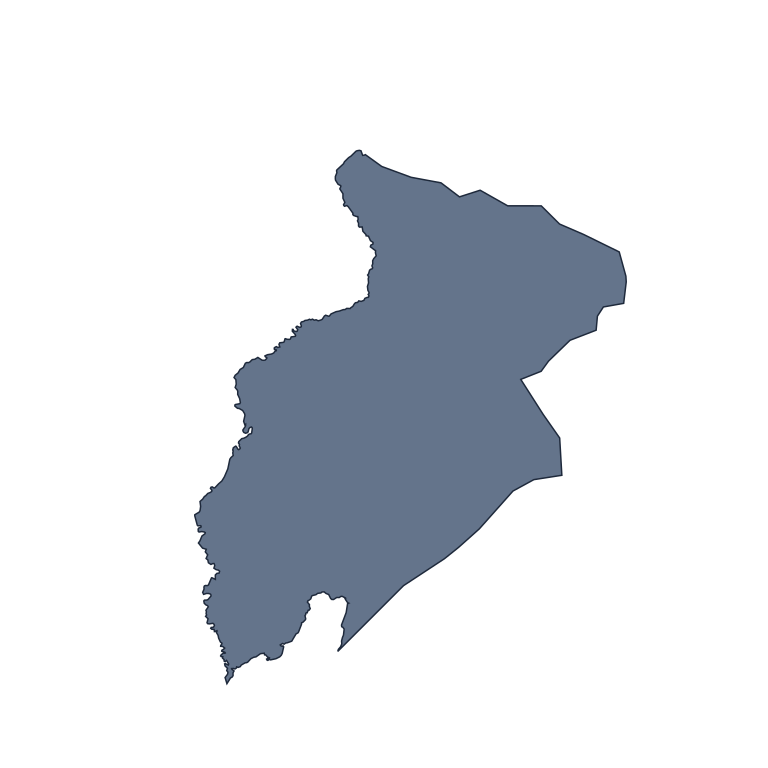 Myangad, Hovd, Mongolia (Mercator projection), rotated 65°
{"feature_id": "93677404B16337473232636", "entity_name": "Myangad", "entity_type": "district", "adm_level": 2, "iso_a3": "MNG", "parent_name": "Mongolia", "parent_adm1": "Hovd", "projection": "mercator", "projection_center": [91.966, 48.561], "detail": "fine", "context": "isolated", "style": "filled", "palette": "slate", "viewbox_px": 768, "rotation_deg": 65, "n_neighbors": 0, "source": "geoboundaries", "source_scale": "gbopen_adm2", "svg_char_len": 6170}
<svg xmlns="http://www.w3.org/2000/svg" viewBox="0 0 768 768"><g transform="rotate(65 384 384)"><path d="M606.8,538.9L575.0,451.5L567.9,403.1L563.6,385.5L555.6,358.9L535.5,312.3L534.0,288.6L541.9,261.4L507.2,247.6L478.8,252.6L437.6,258.1L438.9,236.2L432.8,225.2L423.0,196.9L424.9,169.0L412.7,161.9L406.9,152.6L412.2,132.7L393.8,121.3L388.5,119.2L363.7,115.0L332.8,139.9L313.2,157.3L289.0,166.2L274.8,196.6L249.0,215.0L246.3,236.5L225.8,247.3L208.1,272.1L185.9,294.1L168.2,304.0L168.3,305.1L167.8,306.7L162.9,306.3L161.8,307.6L161.2,309.9L161.2,311.1L163.5,317.6L163.9,320.4L165.8,325.8L167.3,327.7L170.0,336.1L170.7,336.9L172.6,337.4L175.4,340.4L177.5,341.4L178.8,341.8L183.6,341.2L185.9,339.4L186.7,339.6L188.5,341.6L194.2,340.8L198.3,342.7L202.8,342.7L204.4,344.9L205.2,345.0L206.2,344.7L206.6,342.2L208.1,341.5L216.1,340.0L217.2,340.6L218.3,340.4L220.6,338.1L221.2,337.0L223.8,337.8L224.9,339.1L227.5,339.1L230.0,340.3L231.4,340.0L232.5,337.4L236.6,338.6L241.0,337.2L242.1,337.6L243.5,335.6L248.4,335.7L251.0,334.1L252.5,334.9L252.6,337.3L253.9,338.4L259.7,335.3L261.4,336.3L264.5,336.9L266.0,340.3L267.5,342.2L270.3,343.4L271.8,345.0L274.0,345.2L274.6,346.2L274.4,347.7L274.8,349.0L277.6,351.4L278.3,352.8L280.4,352.5L281.9,353.8L285.9,355.3L288.6,357.8L292.3,359.0L294.8,358.9L295.6,359.4L296.1,360.5L297.3,360.3L298.4,360.9L298.8,361.7L298.4,362.6L298.3,365.1L299.7,366.9L299.5,369.8L298.0,371.7L298.9,373.4L298.3,375.4L298.6,376.6L300.5,379.5L300.8,381.7L301.3,382.7L299.7,385.9L300.1,387.7L299.4,389.5L299.0,393.8L298.2,396.8L298.1,402.4L299.3,404.7L299.2,405.5L297.0,407.8L297.2,409.3L299.3,412.7L299.3,414.5L298.9,416.9L297.1,418.4L296.7,420.2L295.0,421.4L294.9,423.2L293.8,424.2L293.8,426.4L293.0,428.7L293.3,430.2L292.9,432.6L293.9,434.1L296.3,434.3L297.1,434.8L297.2,435.8L296.8,436.7L295.0,438.2L294.9,439.0L295.4,439.8L298.3,439.2L299.5,440.5L299.3,441.4L298.4,442.6L297.6,443.3L296.1,443.3L295.8,443.9L297.4,444.8L301.7,443.5L302.9,443.7L303.3,444.3L302.1,448.2L303.6,449.8L303.7,450.7L302.3,453.3L301.4,453.9L301.2,454.6L303.6,456.7L303.7,457.7L302.6,461.0L303.6,462.4L306.4,462.8L306.0,464.9L304.7,465.6L304.6,466.9L305.0,468.3L306.4,468.7L307.6,467.2L308.3,467.5L308.2,468.9L309.3,470.9L309.3,473.3L308.2,477.2L308.2,480.0L308.9,480.1L310.8,479.1L311.3,479.5L312.1,481.6L311.8,482.8L310.9,484.4L306.6,487.1L307.0,490.6L306.2,493.1L307.4,496.5L307.4,497.6L306.5,499.4L306.6,500.9L309.6,504.5L310.0,508.3L312.3,511.6L313.2,515.2L314.8,517.2L317.4,516.4L321.7,518.0L324.3,520.4L327.6,519.5L329.0,519.7L331.6,521.0L336.2,521.0L340.1,522.0L340.9,523.0L339.8,527.3L340.0,528.0L341.0,528.5L344.1,527.1L345.0,525.6L348.3,523.3L352.0,522.9L353.7,523.3L358.5,527.0L362.4,527.4L362.1,526.5L363.2,527.0L363.9,527.7L366.1,531.4L367.3,531.7L368.7,531.5L370.1,530.3L370.4,528.7L370.0,527.4L367.3,525.2L366.8,523.8L366.9,522.4L367.6,522.0L368.7,522.2L372.4,524.6L372.9,525.3L372.5,527.3L372.6,528.2L373.4,529.5L373.8,531.1L373.9,533.9L373.4,536.0L374.8,539.9L375.9,540.8L377.6,540.5L378.9,541.4L381.3,541.3L381.8,541.9L382.1,543.4L381.6,543.9L378.0,544.3L377.6,544.8L378.1,547.5L379.9,549.0L381.0,549.0L382.6,550.2L385.1,550.9L386.0,553.8L387.0,555.5L394.9,561.4L400.7,567.9L403.4,572.0L404.5,575.9L406.6,581.2L406.3,582.1L404.7,583.1L404.4,584.3L405.2,585.4L407.6,584.9L408.5,585.5L408.9,587.1L408.7,589.9L410.0,593.1L410.0,594.2L411.7,597.0L412.7,600.4L417.4,601.9L421.0,604.2L422.0,605.6L422.5,610.7L423.4,611.2L433.0,612.9L433.9,612.6L434.8,610.2L435.5,609.8L436.4,610.4L436.3,612.9L437.0,613.8L439.1,614.6L440.0,614.2L440.7,611.5L442.2,609.4L443.1,608.8L444.1,609.6L444.8,613.2L448.3,617.0L449.7,619.4L456.1,617.8L458.7,614.9L460.6,616.9L464.3,616.0L467.0,619.0L469.0,618.0L471.8,618.7L474.4,617.1L474.4,614.9L474.9,613.9L477.0,614.1L479.0,616.0L481.2,614.7L482.8,612.7L484.2,612.1L485.7,613.4L485.0,615.4L485.8,617.6L489.8,619.4L486.8,621.9L486.8,622.3L492.0,628.1L492.0,629.5L491.2,630.8L491.1,632.1L491.9,633.0L493.9,633.8L496.2,636.4L498.4,636.4L498.8,633.4L499.9,631.2L501.2,630.0L502.2,630.0L503.1,630.5L505.0,634.7L504.9,636.0L504.0,638.1L504.5,639.0L506.8,639.6L509.1,638.7L510.2,637.6L511.7,637.4L513.8,641.0L515.3,641.2L517.0,642.3L518.4,642.4L519.2,643.9L522.4,642.7L525.6,645.3L526.7,645.1L527.6,643.7L528.6,640.2L529.9,639.6L531.1,639.7L532.2,641.0L532.3,641.6L531.6,643.5L532.2,644.3L533.5,643.7L534.6,641.7L536.7,642.3L537.0,639.7L537.7,640.0L538.2,640.9L541.7,640.6L544.5,641.3L548.7,641.3L550.4,640.4L551.1,640.9L552.0,642.5L552.7,642.9L553.6,641.2L556.0,640.0L556.7,641.8L556.7,643.3L557.2,643.8L557.6,644.0L559.9,641.6L560.7,641.5L560.8,641.9L560.0,643.5L560.6,646.0L561.4,647.0L562.3,646.7L563.0,645.4L564.2,646.2L566.1,645.4L567.6,646.0L568.5,645.4L568.0,643.5L572.1,643.1L572.9,643.9L570.4,645.9L570.3,646.7L572.3,647.2L575.5,646.0L577.3,647.7L579.2,647.2L580.9,648.4L582.9,652.1L589.2,653.0L585.5,647.3L585.5,645.7L584.6,644.1L582.0,642.9L580.7,641.2L578.2,642.5L577.5,642.4L578.2,640.6L579.3,639.5L579.0,637.7L578.1,637.1L579.2,635.9L579.4,633.7L578.4,632.2L578.0,627.8L578.5,626.2L578.5,625.1L576.7,620.7L576.6,617.6L577.2,615.3L576.2,609.9L577.4,606.3L579.0,606.7L579.5,605.7L582.3,604.9L583.8,603.5L584.1,603.7L583.5,605.4L583.7,606.7L584.8,606.7L585.4,606.1L585.3,605.4L584.3,605.7L584.2,605.4L586.1,603.4L587.3,598.0L587.2,593.8L586.4,591.7L585.1,590.1L579.8,586.0L578.6,586.2L578.7,587.1L577.4,588.3L576.6,588.3L576.3,585.5L577.6,584.4L577.2,582.6L577.7,580.9L578.1,576.3L573.3,569.3L573.2,567.1L572.5,566.1L567.0,560.4L565.6,559.6L565.6,557.9L564.4,554.8L563.7,554.2L560.5,553.5L560.0,552.5L558.8,551.8L558.5,551.0L558.9,550.4L557.0,548.3L557.3,547.3L556.4,545.8L553.9,545.6L552.4,544.8L549.3,545.6L548.2,544.4L548.4,543.9L547.8,541.2L545.7,539.2L545.5,538.3L546.2,534.7L545.7,532.6L546.7,529.5L546.3,528.1L547.1,526.1L549.3,525.1L551.4,523.1L555.8,523.0L557.2,522.4L558.0,520.8L557.5,517.0L558.6,514.9L558.3,512.7L558.9,511.5L561.8,509.3L562.1,509.4L562.1,510.0L563.5,509.9L566.8,509.4L567.7,508.6L567.7,509.3L567.3,509.6L575.2,514.9L584.5,524.4L586.1,524.9L587.1,524.1L589.3,523.7L594.5,526.9L596.1,528.7L599.0,531.1L601.7,532.1L603.8,534.4L605.2,537.5L606.8,538.9Z" fill="#64748b" stroke="#1e293b" stroke-width="1.5"/></g></svg>